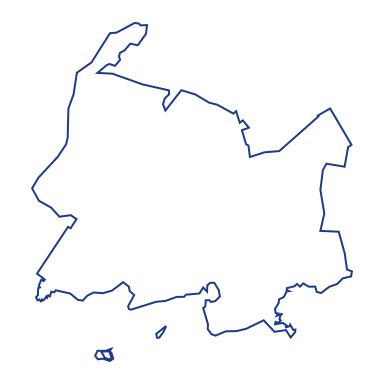 the district of Galway City East Lea-6, Galway, Ireland
{"feature_id": "5873133B29107056882514", "entity_name": "Galway City East Lea-6", "entity_type": "district", "adm_level": 2, "iso_a3": "IRL", "parent_name": "Ireland", "parent_adm1": "Galway", "projection": "albers", "projection_center": [-9.004, 53.286], "detail": "fine", "context": "isolated", "style": "outline", "palette": "blue", "viewbox_px": 384, "rotation_deg": 0, "n_neighbors": 0, "source": "geoboundaries", "source_scale": "gbopen_adm2", "svg_char_len": 2440}
<svg xmlns="http://www.w3.org/2000/svg" viewBox="0 0 384 384"><path d="M110.0,33.2L91.5,62.4L76.9,72.7L73.6,94.2L68.4,108.6L67.7,137.4L66.1,144.3L57.8,156.8L38.4,177.7L32.1,188.4L38.9,200.8L51.1,207.6L59.4,216.7L70.8,215.2L76.5,219.1L70.6,228.3L68.0,226.9L38.2,271.9L37.1,273.7L41.9,277.2L44.8,279.7L43.5,281.0L41.3,279.7L38.8,285.6L39.9,287.4L38.2,288.1L37.9,295.2L36.0,297.4L37.5,300.3L39.2,299.5L40.8,301.2L41.9,299.5L42.4,300.6L44.1,299.8L46.3,296.4L47.1,297.7L48.2,295.4L49.9,296.4L51.3,291.7L54.3,292.3L55.8,290.3L70.2,293.5L77.8,299.8L82.9,300.6L87.2,295.7L93.6,292.5L102.9,293.2L112.0,290.6L123.2,282.2L129.0,286.8L129.6,291.0L134.2,295.1L128.1,306.2L128.8,308.9L130.9,309.7L156.1,301.8L165.5,300.9L176.7,296.9L184.2,296.8L185.9,294.7L199.4,293.5L203.2,287.5L207.0,291.6L207.4,285.1L210.3,282.8L214.3,282.8L218.7,289.9L219.9,296.5L215.3,301.1L211.0,302.0L209.3,300.2L205.7,300.3L205.3,306.5L203.2,308.1L208.0,324.4L207.7,329.1L211.5,334.2L215.6,335.6L225.9,331.3L236.5,331.1L246.1,328.8L263.7,320.3L274.5,331.8L286.0,330.1L290.7,337.5L295.2,332.0L295.4,329.6L293.2,329.9L290.2,324.6L289.7,326.2L285.1,327.6L287.2,326.0L282.9,322.9L275.1,324.3L275.6,321.9L278.2,322.8L280.7,320.5L279.5,319.1L280.4,315.4L282.4,313.6L276.9,315.7L278.3,313.5L275.7,313.0L274.9,309.2L278.7,303.0L279.0,299.4L283.9,297.0L286.6,291.4L289.0,291.1L286.7,290.1L286.9,288.1L294.4,286.3L297.0,283.9L299.9,286.7L303.2,283.4L308.9,286.7L315.2,286.6L316.7,291.9L321.1,293.0L329.3,286.8L337.2,284.0L342.8,278.3L351.1,276.4L351.9,271.4L347.0,269.5L344.7,253.2L338.7,231.7L320.4,230.9L324.3,213.5L320.4,189.9L322.9,170.0L326.4,163.7L344.6,166.7L348.1,147.1L351.5,144.8L330.1,108.5L317.8,115.6L318.4,116.5L279.2,151.1L264.5,152.3L249.9,157.0L248.5,145.6L246.1,144.2L241.9,130.2L248.9,127.7L242.8,120.4L239.7,122.7L236.1,111.2L233.4,113.6L217.2,104.7L209.2,102.7L195.4,94.5L181.3,90.2L165.4,110.6L163.0,104.2L164.8,98.3L169.1,94.3L168.9,90.4L142.5,84.4L112.4,73.7L97.4,72.9L106.9,65.0L109.6,64.0L114.9,65.9L120.1,59.9L119.0,56.4L120.0,52.8L124.3,50.6L130.3,43.7L137.8,45.2L146.0,33.8L147.0,25.1L140.8,25.4L138.7,23.5L134.6,23.0L116.5,32.6L110.0,33.2ZM109.5,352.2L111.8,358.0L109.3,359.4L104.9,357.8L101.2,351.6L109.6,351.3L111.2,348.8L105.7,350.8L97.5,350.8L95.2,355.8L97.9,359.3L103.0,358.7L109.8,361.0L113.2,358.7L111.3,352.5L109.5,352.2ZM163.6,331.7L166.1,326.0L156.2,333.9L157.2,337.9L159.3,337.6L163.6,331.7Z" fill="none" stroke="#1e3a8a" stroke-width="2"/></svg>